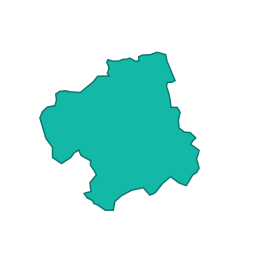 an SVG outline of Razgrad, rotated 301°
{"feature_id": "BGR-2256", "entity_name": "Razgrad", "entity_type": "Province", "adm_level": 1, "iso_a3": "BGR", "parent_name": "Bulgaria", "parent_adm1": "", "projection": "albers", "projection_center": [26.578, 43.648], "detail": "fine", "context": "isolated", "style": "filled", "palette": "teal", "viewbox_px": 256, "rotation_deg": 301, "n_neighbors": 0, "source": "natural_earth", "source_scale": "10m", "svg_char_len": 1197}
<svg xmlns="http://www.w3.org/2000/svg" viewBox="0 0 256 256"><g transform="rotate(301 128 128)"><path d="M207.9,113.9L210.3,122.5L205.5,126.8L192.9,143.9L189.9,142.1L187.7,138.5L185.4,138.7L183.3,139.7L178.5,145.2L172.8,150.5L167.8,154.2L171.0,159.5L168.3,164.6L161.0,167.0L154.4,171.5L153.4,178.2L156.1,183.7L154.4,191.2L150.3,190.1L146.3,190.1L145.5,200.4L141.4,201.7L137.1,202.4L130.2,209.6L125.5,209.7L120.9,207.6L108.6,207.6L107.2,199.8L108.2,189.5L98.3,186.2L86.6,184.6L84.0,183.0L81.7,181.1L84.7,171.8L76.8,163.4L66.9,157.3L58.3,154.6L49.9,157.7L45.8,150.7L46.4,141.4L46.1,139.3L45.7,137.5L46.7,136.4L47.5,135.0L47.1,128.9L49.3,124.1L51.8,126.3L54.4,129.0L61.6,123.5L71.6,125.1L74.1,120.8L76.8,114.9L80.7,112.8L80.3,101.9L83.7,97.2L79.1,94.6L73.2,94.1L63.3,89.3L63.8,78.6L72.6,73.1L76.8,63.1L91.3,47.3L98.0,46.3L104.4,48.1L109.6,53.9L115.1,52.3L120.0,48.6L124.4,50.7L127.8,55.5L129.3,60.1L133.8,68.8L150.1,74.6L156.6,75.3L160.0,80.4L162.7,85.3L164.2,82.1L167.2,81.6L170.6,80.2L173.3,76.0L176.2,75.6L177.5,80.7L180.6,85.6L184.1,88.2L186.1,91.2L188.9,93.7L189.0,99.7L191.0,102.8L194.4,100.5L197.6,102.4L202.2,109.3L207.9,113.9Z" fill="#14b8a6" stroke="#0f766e" stroke-width="1.5"/></g></svg>